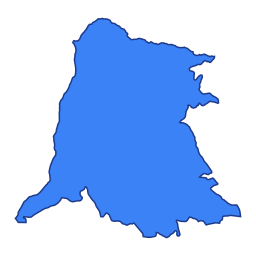 SVG path tracing the border of Équateur
{"feature_id": "COD-1461", "entity_name": "Équateur", "entity_type": "Province", "adm_level": 1, "iso_a3": "COD", "parent_name": "Democratic Republic of the Congo", "parent_adm1": "", "projection": "orthographic", "projection_center": [21.263, 1.316], "detail": "fine", "context": "isolated", "style": "filled", "palette": "blue", "viewbox_px": 256, "rotation_deg": 0, "n_neighbors": 0, "source": "natural_earth", "source_scale": "10m", "svg_char_len": 5786}
<svg xmlns="http://www.w3.org/2000/svg" viewBox="0 0 256 256"><path d="M40.6,191.7L46.0,185.2L47.4,184.0L47.8,183.0L49.6,181.3L50.2,180.5L49.9,175.4L49.2,172.6L49.2,171.1L50.4,165.8L53.2,158.7L55.6,155.2L55.8,154.8L55.9,151.5L55.4,150.5L55.0,150.3L54.3,148.2L54.7,144.4L53.9,140.7L53.9,138.5L53.5,136.5L54.3,134.8L54.9,134.1L56.1,132.1L56.3,131.5L56.4,129.7L57.4,126.5L57.7,124.9L59.4,121.2L59.3,112.4L59.7,110.1L59.5,108.7L59.7,106.0L59.5,103.8L60.6,100.8L61.6,99.4L62.1,99.2L63.1,97.3L64.1,94.1L66.1,92.1L66.4,92.0L68.6,88.0L69.4,86.1L69.6,84.9L70.9,82.5L72.5,78.0L72.9,77.5L74.9,76.2L75.4,74.8L75.8,70.6L75.6,67.0L74.4,59.6L75.0,56.1L75.0,54.1L75.8,52.5L76.0,50.0L75.6,47.6L75.2,46.5L73.9,43.7L73.1,43.1L72.9,42.6L73.0,42.0L73.4,41.2L74.0,40.7L74.5,40.7L75.1,41.1L76.2,41.1L78.1,40.6L79.0,39.9L79.7,39.0L81.2,35.4L81.9,34.4L82.8,33.6L83.2,32.8L84.0,32.3L85.0,30.7L86.4,29.5L86.6,28.4L87.3,27.7L88.1,25.9L89.4,24.5L89.9,24.3L91.7,24.2L92.8,22.5L94.2,21.9L96.7,20.3L97.7,19.1L98.4,18.9L100.8,18.9L102.3,18.4L103.3,18.9L106.8,19.0L108.3,19.5L110.0,20.3L111.4,22.8L114.7,23.6L117.0,25.2L119.4,26.3L121.3,28.4L124.2,29.3L125.2,30.7L125.8,32.0L126.5,32.5L127.5,33.6L127.7,34.2L127.1,35.7L127.4,36.3L131.0,39.5L131.7,39.7L134.1,39.3L136.4,39.3L137.1,39.2L138.2,38.5L139.3,38.4L142.0,39.0L145.2,40.1L146.2,41.6L147.3,42.0L147.5,42.5L148.6,42.7L149.0,43.0L149.6,42.9L150.6,41.9L151.2,41.9L153.7,43.4L154.3,43.6L156.5,43.7L157.2,44.2L158.3,44.4L161.1,43.0L161.6,42.9L164.0,43.0L165.0,43.6L166.4,43.6L167.7,44.5L168.4,44.6L170.1,44.7L171.5,44.4L173.1,45.1L175.1,45.6L175.8,46.2L177.4,47.1L180.1,47.7L183.5,47.5L184.4,47.2L185.6,47.9L187.1,48.2L191.0,51.4L193.0,51.8L193.4,53.7L193.7,54.2L195.4,55.2L197.4,55.5L199.3,54.8L199.6,54.5L201.1,55.3L202.1,54.6L203.4,54.5L204.2,54.1L204.9,54.5L205.8,54.6L206.1,55.0L206.9,55.3L207.8,55.9L209.5,56.3L210.0,56.7L211.6,56.0L213.4,56.5L214.5,56.4L214.4,57.8L213.8,58.8L212.6,59.9L211.2,61.7L210.5,62.3L209.8,62.4L208.6,61.7L206.9,61.6L205.5,60.7L204.9,60.6L203.9,61.3L201.1,64.2L200.0,64.6L198.0,64.4L195.8,65.5L190.9,67.0L189.8,68.0L189.4,68.9L189.4,69.5L189.5,70.0L190.2,70.8L193.0,71.5L193.9,72.3L194.2,72.7L194.3,74.0L193.8,78.1L194.0,79.0L194.7,79.9L195.4,80.0L195.9,79.8L198.7,76.4L200.0,75.4L201.1,75.0L201.8,75.1L202.1,75.5L202.3,76.7L202.2,77.7L200.9,80.5L200.6,82.3L199.6,84.0L199.9,87.1L199.0,89.3L199.6,90.5L201.2,92.5L202.3,93.5L203.7,94.1L208.9,93.2L209.8,93.3L210.3,93.5L212.1,95.5L215.5,97.2L217.9,99.0L218.3,100.3L218.5,102.9L218.3,103.1L217.7,103.2L214.6,102.1L209.9,101.3L206.5,103.7L203.8,105.4L202.7,105.7L201.6,105.3L199.9,103.4L199.4,103.2L199.2,104.0L198.3,104.2L198.3,105.0L198.0,105.5L196.9,105.7L196.8,106.4L196.3,106.7L196.1,107.1L195.4,107.6L194.7,107.6L193.2,108.1L192.4,107.6L191.6,107.5L190.3,105.8L188.9,105.2L188.2,105.1L188.0,105.3L187.9,105.6L188.2,106.8L188.1,107.5L186.1,111.4L185.4,116.1L185.0,117.2L183.9,118.6L181.1,120.5L180.5,121.1L179.8,122.6L180.0,122.7L180.8,122.6L181.4,122.8L182.0,122.6L183.9,123.1L184.7,123.6L185.5,123.8L187.0,124.7L189.5,127.1L190.9,130.3L192.4,132.3L193.8,135.6L194.7,137.0L194.9,137.7L194.8,138.6L194.9,140.0L196.1,142.9L195.9,145.7L196.4,146.7L197.8,148.4L198.6,151.9L199.3,153.8L200.0,154.9L202.5,157.8L204.2,161.2L207.2,164.7L211.4,171.0L211.7,171.7L211.7,172.7L211.4,173.0L209.7,173.5L208.5,174.5L207.3,174.4L204.9,173.6L203.8,173.6L202.7,174.3L199.5,177.1L199.9,177.3L205.6,177.7L206.3,178.0L207.2,179.4L207.7,179.6L208.5,179.6L212.8,178.1L213.8,178.8L216.5,182.3L217.7,183.4L217.8,184.0L217.3,184.5L214.2,185.4L210.7,188.0L210.6,188.8L211.0,189.5L211.7,190.3L216.3,194.1L218.8,195.2L220.6,196.4L221.4,197.4L221.8,198.6L222.3,199.2L224.0,199.9L228.2,203.4L230.6,204.7L232.0,205.1L236.3,205.0L237.0,205.2L237.3,205.6L239.2,209.2L239.8,211.0L240.6,216.6L231.0,215.4L229.0,215.6L228.2,215.9L223.7,216.1L223.0,216.5L222.5,217.1L222.4,219.3L222.2,219.7L221.7,220.1L220.6,220.7L220.1,221.3L219.9,221.7L219.7,223.1L219.1,223.2L217.0,222.9L215.6,222.8L207.6,224.4L206.5,224.9L205.8,224.5L203.9,221.7L202.9,221.0L201.9,220.8L200.5,220.7L198.3,221.5L197.3,220.0L195.0,218.6L193.4,218.5L191.0,217.2L190.0,217.4L189.4,217.2L188.9,217.8L187.2,220.5L186.1,221.4L185.2,221.5L180.9,221.3L176.8,220.2L176.4,220.5L176.5,221.4L177.5,223.7L178.1,227.8L179.9,234.2L179.8,235.1L179.5,235.5L178.8,236.0L177.8,236.0L177.0,235.2L176.8,234.4L177.0,232.4L176.8,231.5L176.3,230.9L175.5,230.7L174.7,231.2L173.9,232.4L172.8,233.3L170.7,234.4L169.1,236.4L166.7,237.6L165.2,237.0L164.4,236.4L162.6,235.7L161.4,234.7L160.2,234.4L158.7,233.1L157.9,232.9L156.7,232.4L156.4,232.5L156.3,232.8L155.9,235.7L154.9,236.4L150.3,237.3L148.2,237.3L143.2,236.6L143.0,234.5L142.6,233.3L134.2,223.3L133.7,223.1L133.3,223.2L132.5,223.9L130.0,223.7L127.5,225.0L126.6,225.1L124.1,224.0L122.5,223.7L120.7,221.8L119.7,221.2L117.2,221.0L114.4,221.2L112.2,220.8L111.3,219.9L109.2,214.8L107.4,213.4L106.7,213.2L106.1,213.2L105.8,213.5L103.1,216.8L101.4,216.8L100.7,216.5L100.4,214.7L99.4,211.1L96.4,206.5L95.1,203.3L94.3,201.9L92.0,199.5L88.3,194.1L87.7,191.4L87.7,190.0L87.2,188.7L86.7,187.7L86.0,187.0L85.6,186.8L85.2,186.9L85.0,187.2L84.5,188.7L84.0,189.4L82.5,190.4L80.7,191.2L80.1,192.1L80.1,194.7L80.7,195.8L82.0,197.1L82.3,197.9L82.1,198.6L81.0,200.2L80.4,200.6L79.3,200.9L76.9,200.8L73.9,201.6L72.2,201.7L69.9,200.8L67.3,198.6L62.8,197.8L61.6,197.9L60.5,200.1L59.4,201.4L57.9,203.0L55.4,204.8L54.2,205.3L50.7,206.1L48.2,207.6L45.2,208.4L43.7,209.1L34.1,214.8L31.1,217.1L28.8,217.2L23.8,216.7L23.5,217.2L23.6,217.8L25.5,218.8L25.9,219.5L26.0,222.5L18.3,222.4L16.3,219.5L15.4,218.5L17.6,215.6L18.0,214.8L18.2,212.7L18.5,211.8L20.1,209.0L21.0,207.7L24.1,201.7L26.3,200.1L29.0,197.1L29.5,196.8L31.9,196.2L33.8,195.4L35.8,195.1L37.6,194.5L38.3,193.7L39.2,193.1L40.6,191.7Z" fill="#3b82f6" stroke="#1e3a8a" stroke-width="1.5"/></svg>